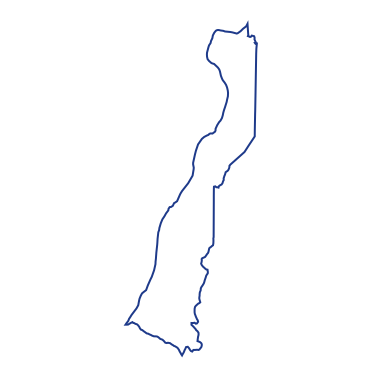 Presidente Epitácio, São Paulo, Brazil (Equal Earth projection), rotated 354°
{"feature_id": "56859067B48653003049602", "entity_name": "Presidente Epitácio", "entity_type": "district", "adm_level": 2, "iso_a3": "BRA", "parent_name": "Brazil", "parent_adm1": "São Paulo", "projection": "equal_earth", "projection_center": [-52.191, -21.884], "detail": "fine", "context": "isolated", "style": "outline", "palette": "blue", "viewbox_px": 384, "rotation_deg": 354, "n_neighbors": 0, "source": "geoboundaries", "source_scale": "gbopen_adm2", "svg_char_len": 4078}
<svg xmlns="http://www.w3.org/2000/svg" viewBox="0 0 384 384"><g transform="rotate(354 192 192)"><path d="M272.0,51.2L270.7,51.3L270.1,50.3L271.2,50.1L270.7,48.7L270.1,46.7L270.4,45.2L270.1,43.6L269.1,43.2L267.8,42.7L266.9,43.7L265.9,43.9L265.0,43.3L263.9,42.8L264.4,41.8L264.4,40.4L264.8,30.5L263.2,32.9L259.8,35.0L257.2,37.1L254.2,38.8L253.1,39.1L248.9,37.5L247.6,37.1L246.5,36.8L241.6,35.8L240.0,35.0L237.2,34.3L235.5,33.7L234.0,33.6L232.6,34.1L230.8,35.9L229.1,38.5L228.3,41.2L226.7,43.8L226.0,45.9L224.3,47.9L223.5,49.7L221.5,55.0L221.2,56.8L221.1,59.1L221.4,61.5L222.6,63.4L224.8,65.8L225.8,66.3L227.4,67.0L230.8,71.0L231.9,73.0L232.4,75.0L232.9,79.4L233.7,82.4L234.3,84.0L236.0,86.8L237.1,89.1L237.8,91.7L238.2,94.9L238.2,97.3L237.7,100.6L236.5,104.0L235.9,106.0L233.7,111.1L232.4,113.9L231.4,116.4L230.6,119.0L229.5,121.6L227.8,124.0L226.3,125.3L224.1,128.1L222.1,131.5L221.8,133.4L221.2,134.4L218.5,136.0L216.5,135.7L215.4,136.0L214.3,136.9L212.6,137.4L210.9,138.1L209.9,138.5L207.4,140.2L203.0,145.3L200.2,151.4L198.9,154.9L196.2,163.0L196.0,164.6L196.3,168.0L196.0,169.6L194.3,175.8L189.1,182.9L182.3,189.9L180.8,191.8L179.9,193.1L176.2,199.6L174.0,200.8L173.0,201.2L171.5,203.7L169.6,204.7L168.2,204.7L166.9,206.3L166.5,207.8L164.0,210.5L162.1,213.2L159.7,216.1L157.7,219.8L155.8,224.4L155.3,226.5L154.3,228.5L152.9,234.8L152.3,238.5L151.9,240.7L150.2,248.6L149.1,254.7L148.5,257.4L148.1,260.0L146.1,265.9L143.1,272.2L141.5,274.7L138.3,280.3L136.1,284.8L133.5,286.4L131.7,287.6L130.2,289.8L128.7,292.6L128.0,294.6L126.7,299.0L124.6,302.0L119.0,308.0L117.3,310.2L116.2,311.5L115.1,313.6L112.9,315.9L112.0,317.0L114.5,317.2L116.2,316.4L117.7,315.7L119.2,315.2L119.9,316.1L120.8,316.3L121.9,317.2L123.4,317.8L124.4,318.9L125.4,320.5L126.0,322.2L126.9,323.6L128.1,324.1L129.6,325.6L130.8,326.6L131.5,327.3L132.4,328.0L133.6,328.3L134.9,329.2L136.2,329.9L137.3,330.7L138.3,331.2L139.2,331.6L140.3,331.7L142.0,332.0L143.1,332.7L144.3,333.9L145.1,334.8L146.2,335.3L147.2,335.8L148.5,337.3L149.7,339.1L151.2,339.6L152.3,339.4L153.2,339.7L154.3,340.0L155.5,341.1L156.3,341.8L157.2,342.4L158.0,343.2L159.1,343.7L160.0,344.4L160.9,345.1L161.6,345.9L162.5,347.6L163.1,349.4L163.9,351.1L164.3,352.2L165.0,353.5L165.7,352.4L166.4,351.5L167.4,350.0L168.0,348.7L168.9,347.4L169.9,345.6L171.6,345.5L172.7,347.0L173.4,348.6L174.3,350.0L175.5,350.7L176.2,350.0L176.9,349.2L178.3,349.4L180.1,349.4L181.0,349.5L182.0,349.8L182.9,349.4L184.0,348.3L185.0,347.3L185.6,345.9L185.8,344.4L185.4,343.3L184.4,342.2L183.0,341.4L181.9,340.9L182.2,339.4L182.5,338.2L182.9,336.6L183.4,335.3L183.7,334.0L183.7,332.5L182.8,330.9L181.7,329.8L181.2,328.6L180.5,327.7L179.9,326.8L179.2,325.9L178.4,324.9L177.6,324.0L177.8,322.2L179.3,322.4L180.9,322.3L182.1,323.4L183.2,323.2L184.5,321.7L184.3,320.2L183.7,319.1L183.2,317.5L182.8,316.3L182.5,315.0L182.1,313.6L182.0,312.0L182.2,310.0L182.4,308.4L183.0,306.6L183.9,305.6L184.7,305.0L185.9,304.1L186.8,303.5L187.7,303.3L188.7,302.5L188.3,300.4L188.1,298.8L188.3,297.4L188.7,296.0L188.9,294.4L189.3,292.6L190.3,290.8L190.7,288.7L191.6,287.3L192.6,286.2L193.6,284.9L194.2,284.1L194.9,282.6L195.4,281.2L196.1,279.7L196.8,278.2L197.3,276.9L198.2,275.6L199.1,274.7L199.4,273.3L199.3,270.9L198.2,270.6L197.1,269.6L196.2,268.5L195.4,267.7L194.7,266.7L194.0,265.5L193.6,264.2L194.2,262.7L194.6,261.1L194.6,259.7L195.3,258.9L196.7,258.5L198.3,257.9L199.5,256.5L200.6,255.2L201.5,254.4L202.0,253.5L202.6,251.8L203.1,250.2L203.7,249.3L204.7,248.9L205.9,248.0L207.3,247.2L207.8,245.6L208.1,243.8L208.3,242.0L208.4,240.3L208.8,239.2L212.7,203.6L213.3,197.9L214.1,190.9L214.4,189.0L215.7,188.8L216.7,189.8L217.9,190.0L218.8,190.4L219.2,189.2L220.3,188.4L221.2,188.0L222.1,187.7L223.2,186.5L224.0,184.6L224.8,183.4L224.9,181.7L225.4,180.6L225.9,179.4L226.6,178.2L227.1,177.0L227.5,175.9L228.4,175.3L229.3,174.9L230.2,174.2L231.1,172.8L231.7,171.5L232.0,169.8L233.1,168.7L248.4,157.7L253.0,152.0L260.2,143.3L261.0,136.4L263.0,120.4L263.3,118.2L263.9,113.4L264.5,108.5L265.1,103.7L270.3,61.1L271.0,56.2L272.0,51.2Z" fill="none" stroke="#1e3a8a" stroke-width="2"/></g></svg>